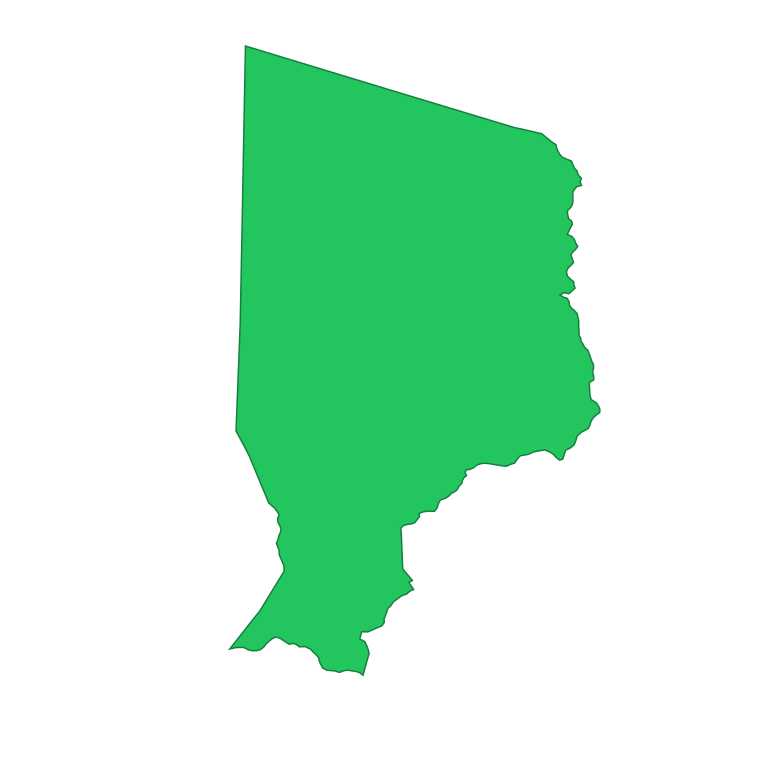 Serra Dourada, Bahia, Brazil (Equal Earth projection), rotated 284°
{"feature_id": "56859067B90696169836223", "entity_name": "Serra Dourada", "entity_type": "district", "adm_level": 2, "iso_a3": "BRA", "parent_name": "Brazil", "parent_adm1": "Bahia", "projection": "equal_earth", "projection_center": [-43.899, -12.812], "detail": "fine", "context": "isolated", "style": "filled", "palette": "green", "viewbox_px": 768, "rotation_deg": 284, "n_neighbors": 0, "source": "geoboundaries", "source_scale": "gbopen_adm2", "svg_char_len": 3100}
<svg xmlns="http://www.w3.org/2000/svg" viewBox="0 0 768 768"><g transform="rotate(284 384 384)"><path d="M96.3,434.1L119.0,434.7L121.9,433.2L125.1,431.2L129.4,427.7L130.7,422.2L138.2,422.3L139.6,428.3L142.4,432.0L145.1,435.4L148.7,440.3L152.7,442.0L155.7,440.9L158.9,441.2L161.7,441.7L167.1,442.0L170.6,444.3L174.6,445.7L177.8,448.2L180.8,450.6L183.5,453.2L185.6,456.7L189.1,459.1L191.9,462.4L197.5,456.0L200.2,459.1L209.1,446.9L211.9,446.1L239.8,437.9L243.7,436.8L248.3,435.1L251.2,437.0L253.2,440.1L254.8,444.1L256.7,447.3L260.1,448.8L263.9,450.5L267.0,449.4L269.6,453.3L271.3,457.7L272.7,463.7L276.4,465.5L281.0,465.7L285.2,466.8L287.9,471.1L291.1,474.1L294.5,476.1L296.7,478.7L299.1,480.6L302.6,481.4L306.4,483.5L309.1,483.4L312.2,484.0L315.1,486.2L317.4,484.3L320.6,484.4L322.0,488.1L324.5,491.3L327.6,493.4L330.0,496.9L331.7,501.5L332.3,507.3L332.7,512.6L333.1,517.2L333.7,522.4L336.7,526.3L338.8,529.8L342.9,531.3L347.3,533.5L350.5,540.8L354.2,545.5L356.4,549.9L358.9,556.1L358.1,561.4L357.0,564.8L354.3,569.1L352.6,572.8L354.3,575.6L358.6,575.9L363.8,576.4L367.0,580.3L371.1,583.2L375.1,583.8L380.2,584.0L384.8,586.9L387.2,589.7L390.4,593.1L393.8,593.7L398.1,594.0L401.4,595.0L404.8,597.1L408.5,600.2L411.6,599.6L414.3,597.6L416.9,594.9L419.0,588.8L422.9,586.5L426.4,585.5L431.9,583.8L435.0,582.8L438.8,586.5L442.5,585.5L445.6,583.6L450.5,583.4L454.0,582.3L456.8,579.7L461.0,577.2L463.3,575.5L465.9,573.8L468.1,569.7L470.4,567.9L473.0,565.0L476.1,563.6L478.6,561.4L481.4,560.8L486.7,559.0L489.6,558.4L493.3,557.3L496.3,555.6L498.9,554.5L501.0,551.5L502.8,547.8L505.2,544.9L508.9,543.5L511.4,541.0L511.7,536.8L513.0,533.1L516.2,536.7L516.4,541.6L520.4,544.3L523.3,546.2L525.9,544.3L529.1,543.3L530.8,539.6L533.1,535.8L537.1,533.8L541.1,534.6L544.4,536.7L547.8,538.5L551.4,536.2L554.7,534.0L557.7,535.3L561.4,537.5L564.4,538.7L567.1,535.9L570.1,534.0L572.5,530.7L573.5,525.7L580.4,527.0L584.4,528.2L587.4,526.7L589.0,523.3L592.9,521.1L596.6,520.1L600.7,522.6L604.0,523.4L607.5,523.0L612.4,521.6L616.2,520.9L619.1,521.8L622.1,523.2L624.4,527.6L627.3,525.5L631.4,525.7L633.9,521.8L637.5,519.7L639.6,516.4L642.5,514.3L645.8,511.7L646.2,507.3L647.3,501.9L649.3,499.1L651.9,496.6L654.6,494.5L657.8,492.9L659.3,488.6L661.0,485.0L662.8,480.9L665.0,476.7L664.4,447.1L670.8,317.3L678.4,167.8L560.3,194.9L512.5,205.9L407.7,229.9L302.6,251.8L293.4,260.2L281.7,270.6L244.0,298.5L240.7,301.0L238.6,304.9L237.2,307.8L234.0,311.7L231.0,314.1L228.2,313.2L224.6,314.2L221.2,317.3L218.3,319.2L214.9,319.4L211.3,318.7L207.0,318.8L203.5,318.1L200.5,320.2L197.5,322.3L192.9,323.7L183.5,330.8L178.3,332.4L133.7,318.4L119.6,311.9L89.6,298.5L92.2,303.5L93.5,307.6L94.4,311.7L93.4,316.1L93.2,320.0L94.2,324.3L96.1,328.1L99.9,331.1L103.2,332.4L106.2,334.4L109.5,336.9L112.4,340.2L112.1,344.8L110.1,350.4L108.5,355.3L110.3,358.2L110.2,361.7L108.5,365.3L110.1,371.1L108.9,376.9L106.8,380.0L105.2,383.1L102.6,386.8L99.9,388.0L97.0,390.1L93.4,393.5L92.5,397.9L93.0,401.3L93.7,405.5L93.4,410.6L96.1,414.5L97.6,418.0L97.9,422.5L98.3,426.5L98.0,430.5L96.3,434.1Z" fill="#22c55e" stroke="#15803d" stroke-width="1.5"/></g></svg>